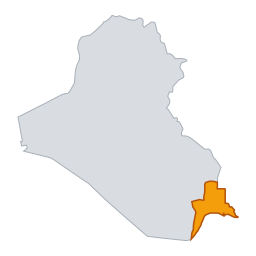 where Al-Basrah sits in Iraq
{"feature_id": "IRQ-3222", "entity_name": "Al-Basrah", "entity_type": "Province", "adm_level": 1, "iso_a3": "IRQ", "parent_name": "Iraq", "parent_adm1": "", "projection": "orthographic", "projection_center": [47.689, 30.202], "detail": "fine", "context": "in_parent", "style": "filled", "palette": "amber", "viewbox_px": 256, "rotation_deg": 0, "n_neighbors": 0, "source": "natural_earth", "source_scale": "10m", "svg_char_len": 4348}
<svg xmlns="http://www.w3.org/2000/svg" viewBox="0 0 256 256"><path d="M103.4,22.0L105.5,21.5L109.5,18.5L111.9,15.6L112.7,15.4L114.6,16.4L116.0,16.8L119.4,15.8L121.4,16.4L123.0,17.3L123.9,17.4L128.3,19.4L129.4,19.7L131.7,20.0L135.1,20.2L137.4,19.0L139.0,17.9L140.1,18.0L141.2,18.3L142.0,18.8L142.8,19.7L143.1,21.0L142.8,25.0L143.1,26.1L143.7,26.9L144.4,27.1L145.4,26.2L147.1,25.0L149.2,23.6L150.7,22.4L151.6,22.0L152.9,22.1L154.2,22.3L155.0,23.0L155.6,25.1L157.2,32.2L158.1,33.1L159.3,33.9L160.1,35.0L160.4,36.0L160.2,37.7L160.2,39.6L160.6,41.0L161.3,42.2L161.9,42.7L162.8,42.8L163.9,43.1L164.6,44.2L166.8,52.3L167.0,53.4L168.0,53.8L169.7,53.6L171.3,54.5L173.1,55.8L174.8,58.3L175.9,58.8L179.5,58.4L184.5,58.9L186.8,60.2L186.5,61.0L184.7,61.8L181.6,62.8L180.6,64.6L180.0,66.8L180.1,68.1L180.9,69.5L183.0,72.3L183.2,73.3L183.5,74.7L183.9,75.6L183.4,77.5L181.4,78.7L178.7,80.1L173.2,86.2L172.8,87.5L172.8,91.1L172.2,92.2L170.5,92.1L169.2,91.9L169.1,93.2L168.2,94.9L167.7,96.3L169.6,99.9L169.9,101.7L169.6,103.4L167.7,106.3L166.5,108.3L166.8,108.7L168.2,109.5L172.5,116.0L173.9,118.3L175.8,117.7L176.6,117.8L177.1,118.2L177.4,118.9L177.4,119.9L176.9,121.3L179.3,121.9L180.2,123.4L182.9,128.5L182.8,129.9L181.4,132.3L181.4,133.9L181.6,135.3L182.1,135.8L186.3,136.0L188.0,136.6L192.4,139.2L197.3,143.2L201.3,146.4L204.8,149.2L208.5,149.0L209.5,149.5L210.5,150.4L211.5,152.6L213.6,157.7L215.5,159.4L218.3,163.5L220.9,167.3L219.2,172.5L217.5,177.9L217.5,184.9L217.5,188.6L221.1,188.8L225.1,189.0L225.1,193.4L225.2,197.9L225.2,203.1L226.4,203.3L228.3,204.4L229.1,206.0L230.2,206.9L231.4,207.1L232.6,207.9L233.8,209.4L234.3,210.5L233.9,211.3L234.2,212.6L235.1,214.5L236.1,215.4L237.7,216.6L235.5,217.2L233.2,216.7L228.2,214.5L226.6,214.4L224.5,215.3L224.4,216.1L219.2,213.6L217.3,213.0L216.6,213.0L213.6,213.0L209.3,213.5L206.8,214.5L205.1,215.6L204.3,216.6L204.0,217.2L202.6,220.3L201.0,224.4L199.3,228.0L196.1,233.1L194.3,235.4L190.4,239.8L186.3,240.6L176.8,239.6L166.2,238.5L155.7,237.3L147.8,236.4L147.2,236.2L139.7,229.7L133.7,224.5L126.3,218.1L118.8,211.5L111.2,204.8L105.7,199.9L99.1,193.6L93.1,187.9L88.4,183.3L82.3,179.3L77.6,176.1L70.7,171.4L65.2,167.6L60.5,164.4L53.3,159.4L50.9,158.0L43.3,156.0L36.0,154.2L28.5,152.4L23.6,151.1L27.2,148.2L26.4,145.2L23.9,145.6L21.6,146.1L20.6,141.5L22.4,141.1L21.3,135.1L20.2,129.0L19.1,123.1L18.0,117.0L24.6,113.7L29.6,111.2L36.4,107.7L43.1,104.4L49.4,101.1L56.3,97.5L62.4,94.3L68.0,93.2L69.2,92.1L72.0,87.3L74.3,83.2L74.5,82.3L74.9,76.3L75.7,69.4L76.7,65.7L78.1,62.5L79.3,60.1L79.6,57.9L79.6,55.6L78.7,52.1L77.7,48.4L78.1,44.9L78.5,43.1L79.4,40.2L80.8,38.1L82.2,36.8L87.3,35.7L90.4,35.0L94.6,31.4L97.1,29.2L100.6,25.8L103.1,23.3L103.4,22.3L103.4,22.0Z" fill="#d9dde1" stroke="#a8b0b8" stroke-width="1"/><path d="M223.7,215.8L218.7,213.2L217.3,213.0L211.3,213.0L210.0,213.1L206.2,214.7L205.0,215.5L204.2,216.6L202.2,221.7L201.3,223.3L201.2,223.7L201.1,224.5L201.0,224.8L200.6,225.8L198.8,228.7L198.1,230.5L197.7,231.0L196.2,232.7L194.7,235.1L191.2,239.1L191.3,238.4L191.9,233.0L192.1,232.3L192.3,231.6L193.2,230.2L193.3,229.5L193.4,226.0L193.7,223.3L195.7,213.1L195.7,212.4L195.6,211.7L195.5,211.1L195.3,210.6L193.0,207.2L192.7,206.6L192.6,205.8L192.2,203.3L191.8,201.6L199.4,199.6L199.8,199.6L203.1,200.3L203.8,200.1L203.9,199.4L203.8,197.4L203.8,196.8L204.0,196.0L204.6,193.0L204.9,187.4L204.7,185.2L205.0,183.5L205.4,182.8L205.9,182.4L206.7,182.1L209.9,181.2L210.9,181.2L214.2,181.5L217.4,182.3L217.3,188.8L224.9,188.8L225.1,189.0L225.2,189.3L225.2,202.3L225.2,203.1L227.7,203.5L227.9,203.5L228.2,203.7L228.6,204.1L228.9,204.6L229.1,205.2L229.3,206.4L229.4,206.7L229.6,206.9L229.8,207.0L230.1,207.0L230.4,207.0L231.2,206.9L231.5,206.9L231.8,207.0L232.0,207.2L232.5,207.9L233.2,208.8L234.2,209.6L234.3,209.8L234.4,210.1L234.5,210.4L234.4,210.7L234.2,210.9L234.0,211.1L233.8,211.4L233.8,211.7L233.8,211.8L234.1,212.5L234.6,213.0L234.7,213.3L234.8,213.3L235.2,214.6L235.3,215.0L235.5,215.5L235.8,215.8L236.1,216.1L236.4,216.3L237.2,216.5L237.3,216.6L237.9,216.7L238.0,217.0L237.7,217.3L237.1,217.5L234.5,217.2L232.8,216.6L231.9,216.0L231.1,215.7L229.8,214.9L228.8,214.6L227.7,214.4L226.7,214.4L225.8,214.6L224.2,215.5L224.0,214.8L224.0,214.0L223.8,213.2L223.4,212.7L223.7,213.6L223.7,213.9L223.7,214.3L223.6,214.6L223.6,214.9L223.7,215.1L223.7,215.8Z" fill="#f59e0b" stroke="#b45309" stroke-width="1.5"/></svg>